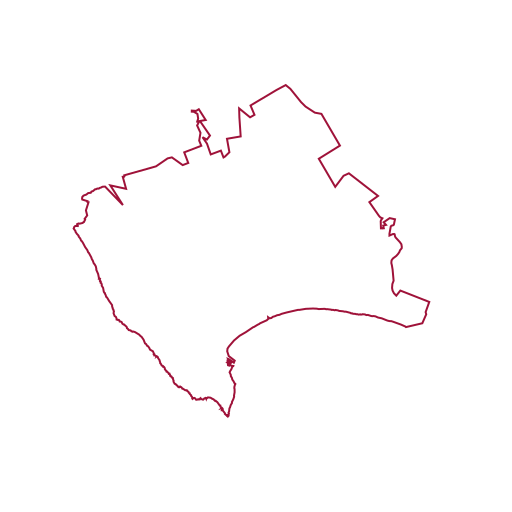 Nelson Mandela Bay, Eastern Cape, South Africa, rotated 42°
{"feature_id": "47623444B28857154592205", "entity_name": "Nelson Mandela Bay", "entity_type": "district", "adm_level": 2, "iso_a3": "ZAF", "parent_name": "South Africa", "parent_adm1": "Eastern Cape", "projection": "orthographic", "projection_center": [25.553, -33.802], "detail": "fine", "context": "isolated", "style": "outline", "palette": "rose", "viewbox_px": 512, "rotation_deg": 42, "n_neighbors": 0, "source": "geoboundaries", "source_scale": "gbopen_adm2", "svg_char_len": 6129}
<svg xmlns="http://www.w3.org/2000/svg" viewBox="0 0 512 512"><g transform="rotate(42 256 256)"><path d="M102.1,357.6L105.2,358.3L105.7,358.8L108.0,359.4L110.5,359.6L111.2,360.2L113.7,360.6L115.7,361.6L116.6,361.5L118.5,362.0L123.1,363.7L126.7,364.5L128.9,365.6L129.6,365.5L134.7,367.3L135.4,367.8L136.7,368.4L137.5,368.5L140.5,370.1L141.5,370.1L143.9,370.9L146.1,372.5L146.5,373.1L150.7,375.0L153.8,377.3L154.7,377.3L154.7,377.8L155.3,377.5L155.5,378.2L156.0,378.2L156.5,378.6L157.1,378.7L157.2,379.2L158.0,379.1L158.5,379.9L159.5,379.8L160.6,380.5L161.2,381.3L163.7,382.0L166.8,384.4L167.9,384.8L168.7,384.7L169.2,385.2L170.4,385.6L172.0,386.6L173.0,386.5L176.9,387.7L181.9,388.8L183.1,390.0L183.8,390.2L184.9,391.1L185.8,391.2L186.8,392.0L187.4,392.1L188.4,393.8L191.1,395.2L192.6,395.0L194.5,395.9L194.9,396.5L196.1,396.0L196.7,395.3L197.3,395.3L198.5,395.9L199.0,395.4L200.3,395.0L202.0,395.7L203.5,395.5L203.7,395.2L207.0,395.2L207.7,395.4L208.4,396.0L209.8,395.9L211.0,396.2L212.6,395.2L213.8,395.3L214.1,395.0L214.8,395.0L215.4,394.2L217.0,393.5L221.8,392.6L223.9,392.8L224.9,392.6L228.4,393.4L232.0,395.2L233.4,395.0L235.1,395.6L236.3,395.3L238.7,395.9L239.8,396.5L243.2,395.8L245.3,396.8L245.7,397.4L246.2,397.1L246.9,397.9L247.5,397.4L248.4,397.4L249.1,396.9L249.4,396.9L249.5,397.2L249.6,396.9L250.6,396.8L251.6,397.4L254.2,398.0L254.5,398.4L256.0,399.2L256.6,399.8L257.5,399.8L259.2,400.5L260.4,400.0L261.3,400.5L261.8,400.0L262.4,400.1L263.3,400.4L264.0,401.1L264.8,401.2L265.5,401.5L266.2,401.3L267.0,401.8L267.5,401.4L269.5,401.6L270.0,401.9L270.3,401.5L270.5,401.7L270.8,401.5L272.5,402.2L272.5,402.5L272.8,402.6L273.4,402.5L273.8,402.1L275.0,402.5L275.7,402.3L275.9,402.7L276.6,402.8L277.2,403.4L278.1,403.7L278.8,404.6L281.1,405.4L281.7,405.0L282.9,405.0L283.3,405.2L284.1,405.0L285.2,405.3L285.6,405.1L286.2,405.3L287.0,404.7L287.0,404.4L286.7,404.2L286.9,403.8L287.4,403.9L288.1,403.5L288.8,403.5L290.1,403.9L290.5,403.5L293.3,403.1L293.9,402.4L294.8,402.0L295.3,402.4L296.7,402.1L297.5,402.6L298.3,402.6L298.6,402.4L299.2,402.9L301.0,402.9L301.4,403.4L302.7,403.5L303.4,403.9L304.0,404.6L304.5,404.6L304.4,403.7L305.0,402.8L305.9,402.5L307.6,402.9L308.1,402.5L308.5,401.7L309.0,401.5L309.2,400.8L310.1,400.3L309.8,399.4L309.9,398.9L310.2,399.1L312.3,398.5L312.6,398.0L312.9,397.9L312.9,396.4L313.2,395.8L313.5,395.7L313.4,395.5L313.5,395.1L314.0,394.9L314.5,395.2L314.3,394.7L314.7,394.5L314.8,393.4L315.1,393.1L316.9,391.8L318.5,391.4L318.9,391.5L320.3,390.9L322.4,391.1L323.0,390.9L323.0,390.6L325.1,390.5L328.7,391.3L329.5,391.0L329.7,391.4L330.6,391.8L332.1,391.7L332.1,392.2L332.4,391.7L333.6,391.9L334.0,392.3L333.8,392.7L334.0,393.0L333.6,393.1L333.8,393.5L334.4,393.0L337.9,393.6L338.4,393.8L338.6,394.2L340.1,394.2L340.5,393.9L341.3,394.3L342.3,394.2L342.4,393.8L341.7,393.1L342.0,393.0L342.5,393.4L342.5,393.0L342.1,392.8L341.2,391.1L340.5,390.9L340.0,389.5L338.2,387.0L338.0,385.9L337.0,383.8L336.5,381.3L335.8,380.6L335.0,377.7L333.9,375.2L333.1,374.5L331.3,371.6L329.0,369.1L328.5,368.9L327.6,367.9L326.5,365.8L326.4,365.1L326.1,364.8L325.3,365.0L323.1,364.1L321.1,363.7L319.7,362.7L317.7,362.1L316.8,361.2L314.2,360.1L313.7,358.4L313.5,356.8L312.6,354.4L312.5,353.7L312.8,353.1L312.7,352.9L311.5,353.9L311.1,353.8L310.1,354.5L309.6,354.8L309.6,355.3L308.3,355.9L306.7,354.5L307.6,353.9L307.2,353.8L306.1,354.2L306.2,353.9L305.7,353.8L305.2,353.2L308.9,352.7L308.9,351.9L306.0,352.2L304.0,351.2L305.1,350.8L310.9,350.1L310.2,348.0L302.7,348.6L298.4,346.1L296.8,343.9L296.4,341.3L296.2,333.4L297.2,326.2L299.4,319.4L301.5,310.9L302.0,310.0L303.2,306.0L303.9,304.3L304.0,303.4L307.0,296.6L307.2,294.5L306.0,293.4L307.8,293.2L308.9,291.8L309.2,289.9L310.4,288.0L311.3,285.9L312.8,284.0L313.7,281.9L316.6,277.4L323.2,268.0L324.3,267.0L328.4,261.9L333.5,256.9L336.4,254.5L338.1,253.5L342.5,249.2L343.8,248.6L344.4,247.9L347.7,245.6L348.4,245.4L349.2,244.5L350.9,243.6L351.2,242.9L353.5,241.5L354.5,241.2L357.6,238.9L359.1,238.1L360.1,237.2L364.2,235.1L365.1,235.0L365.7,234.3L366.1,234.3L366.9,233.9L368.5,232.6L369.5,232.2L370.0,231.6L371.6,230.8L372.5,229.6L373.0,229.5L373.9,228.6L374.1,228.0L376.1,226.5L377.5,226.1L378.6,224.9L381.6,223.6L382.6,223.0L383.5,222.0L385.2,220.9L387.8,220.1L391.1,218.2L396.8,216.1L398.7,215.1L400.1,213.9L401.9,213.1L409.5,210.0L414.1,208.5L415.0,208.5L424.6,194.7L421.5,185.4L419.6,184.2L415.5,174.2L386.4,185.1L386.8,191.6L383.5,191.4L380.6,190.3L378.5,188.7L376.1,185.6L374.8,182.3L366.6,174.7L363.1,171.9L361.3,170.7L359.9,168.9L359.6,168.2L359.4,166.2L360.2,162.1L360.2,159.5L359.9,157.2L359.2,155.4L359.1,152.8L358.3,151.7L356.2,150.0L353.6,149.4L347.2,148.8L345.9,148.2L344.5,147.1L343.9,147.2L343.0,148.2L341.5,151.5L340.3,150.2L336.4,143.9L336.4,142.9L337.4,141.3L337.5,140.5L334.7,135.7L330.0,138.4L328.3,145.5L331.8,145.9L330.2,148.3L332.4,149.9L331.4,151.0L331.1,150.8L330.3,151.8L325.4,146.7L325.0,145.9L324.7,143.4L322.6,144.1L320.5,143.9L304.2,140.1L306.5,129.7L269.7,132.4L267.4,137.8L268.6,151.6L237.6,141.7L244.5,117.8L209.5,106.6L203.8,110.1L192.8,111.8L186.5,111.5L169.7,108.8L163.7,109.1L160.2,118.8L151.2,147.8L160.4,152.1L158.8,156.9L144.7,157.6L151.0,164.2L164.6,177.4L156.0,188.3L166.8,196.7L166.4,202.9L165.9,204.5L159.4,201.2L154.4,210.8L144.4,205.3L136.8,203.5L141.6,202.3L141.2,197.3L124.0,193.2L127.6,188.6L115.3,185.2L114.4,188.2L111.0,190.9L111.7,191.7L113.3,190.4L117.4,189.6L121.1,192.6L122.4,195.5L123.9,194.6L124.9,198.4L132.3,201.6L136.6,208.3L141.6,210.7L133.3,227.0L143.4,232.2L140.7,237.5L127.5,239.0L125.0,242.6L121.7,256.3L104.1,284.2L104.9,284.8L105.0,285.2L104.0,286.3L114.5,293.0L100.5,301.0L123.0,307.2L97.4,305.4L95.7,307.1L95.3,307.9L95.2,308.5L94.2,310.2L94.1,311.1L92.9,312.1L92.4,313.5L91.8,314.0L91.4,316.9L90.6,318.2L90.9,319.6L89.2,321.5L88.8,323.9L87.7,325.9L87.4,326.7L87.4,328.3L88.2,329.6L89.1,330.3L94.1,328.0L94.4,328.6L95.2,328.5L95.6,328.2L99.1,335.9L103.4,338.8L103.8,343.1L104.7,343.3L105.4,345.9L105.1,346.2L105.1,347.4L103.3,350.0L102.4,350.5L101.7,351.9L101.9,352.2L103.1,352.5L103.5,353.0L101.6,354.6L101.5,356.2L101.9,356.9L102.1,357.6Z" fill="none" stroke="#9f1239" stroke-width="2"/></g></svg>